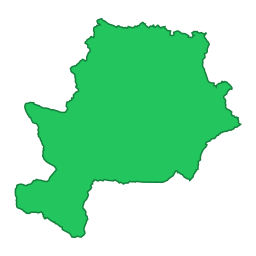 Kengtung, Shan, Myanmar
{"feature_id": "60261553B37663404803056", "entity_name": "Kengtung", "entity_type": "district", "adm_level": 2, "iso_a3": "MMR", "parent_name": "Myanmar", "parent_adm1": "Shan", "projection": "orthographic", "projection_center": [99.278, 21.371], "detail": "fine", "context": "isolated", "style": "filled", "palette": "green", "viewbox_px": 256, "rotation_deg": 0, "n_neighbors": 0, "source": "geoboundaries", "source_scale": "gbopen_adm2", "svg_char_len": 5674}
<svg xmlns="http://www.w3.org/2000/svg" viewBox="0 0 256 256"><path d="M17.4,207.6L22.1,209.5L24.1,211.4L24.7,211.6L26.5,213.3L29.6,213.3L31.7,212.0L34.0,212.4L35.4,212.1L38.5,212.9L41.2,211.8L42.3,212.8L43.0,214.7L43.5,214.8L43.3,216.3L44.3,217.8L44.3,218.3L44.8,218.7L45.7,218.6L45.8,217.7L47.5,217.8L50.9,220.7L52.1,221.1L53.5,222.2L54.9,222.1L55.2,223.4L56.2,223.9L57.3,224.0L60.3,226.7L61.6,226.8L62.2,227.2L62.2,229.1L62.8,229.8L68.8,232.9L70.1,233.9L72.1,237.1L75.3,237.3L76.4,236.4L77.4,236.3L81.1,237.1L83.8,235.0L84.9,233.5L84.8,232.0L83.9,229.6L84.3,227.1L86.1,222.8L86.7,220.6L87.7,219.5L87.0,216.2L85.7,215.1L85.8,211.4L84.5,209.9L84.2,209.2L83.1,208.7L82.8,206.2L83.9,203.2L84.1,201.9L86.5,199.3L88.2,195.7L88.3,194.6L87.4,192.1L88.7,190.7L89.5,190.4L89.8,189.4L90.6,189.2L91.4,187.9L91.5,187.3L90.7,185.6L91.5,184.4L91.9,184.0L92.6,184.0L92.5,181.7L94.0,181.0L94.1,180.0L95.5,179.9L97.8,181.0L100.4,180.0L103.1,180.8L104.5,179.5L107.6,180.3L113.5,180.9L114.2,180.4L114.3,179.9L114.7,179.9L117.9,181.5L118.9,182.7L119.6,182.9L120.3,182.4L121.8,182.8L122.7,183.2L123.3,184.0L125.7,182.9L127.2,183.1L128.3,182.9L129.4,181.5L133.0,181.9L134.0,181.5L135.2,182.1L136.1,181.5L137.6,181.5L142.7,182.1L162.1,182.3L163.4,182.0L167.3,180.3L169.6,178.0L172.4,176.2L173.5,175.1L175.4,171.4L175.9,170.9L177.0,170.9L177.6,172.7L178.5,172.3L179.3,172.7L180.5,173.9L182.2,174.4L184.4,177.2L185.5,177.6L186.3,178.4L188.8,179.1L189.4,179.5L189.7,180.4L190.7,179.6L191.4,178.5L192.8,177.4L194.0,173.7L194.7,173.2L195.1,172.0L195.8,171.6L196.2,170.7L196.1,170.2L198.0,169.2L198.0,165.5L198.5,164.5L198.2,161.6L200.5,159.9L200.3,158.0L200.8,154.9L202.0,152.1L203.3,149.5L204.6,148.0L205.5,147.4L206.7,145.5L206.9,144.7L205.6,144.2L205.9,143.0L207.6,141.6L209.7,141.1L211.9,138.7L214.6,138.5L216.8,135.6L218.4,135.3L219.1,134.0L220.0,133.8L220.2,133.2L220.9,132.8L224.5,131.4L226.9,131.3L229.3,130.0L231.0,130.2L234.0,128.6L234.4,127.5L235.4,127.1L236.5,127.2L237.6,126.7L238.3,125.8L239.2,125.5L240.6,124.3L239.5,123.9L238.6,123.1L238.4,122.2L238.6,121.3L238.2,119.4L237.5,118.4L238.2,118.1L238.1,117.7L237.3,117.6L236.5,117.0L235.9,117.4L234.8,117.2L234.1,116.0L233.5,116.0L231.5,114.9L231.4,113.8L231.7,111.9L229.4,110.1L226.6,108.9L225.5,107.1L225.8,104.7L225.2,102.9L225.5,102.0L225.5,100.1L225.2,99.3L224.0,98.3L223.6,97.0L224.1,95.9L226.7,93.9L227.3,91.8L227.8,91.0L228.5,90.7L229.5,89.1L231.8,89.2L232.0,88.8L231.9,87.7L230.1,85.1L228.4,83.9L226.6,82.0L225.5,82.1L224.8,81.5L224.1,81.7L223.7,82.3L223.0,82.3L222.5,81.5L222.0,81.4L221.0,83.2L219.0,83.4L216.6,85.3L216.2,86.0L216.3,86.9L215.1,85.8L213.9,85.7L214.0,83.1L213.3,82.9L212.1,83.2L208.7,81.9L207.6,80.0L207.4,78.6L206.6,76.7L206.4,75.5L205.9,74.9L205.9,74.0L204.9,72.1L204.3,69.0L203.1,67.5L202.5,65.5L202.9,62.5L202.6,60.2L202.8,59.6L204.9,57.6L205.0,56.7L204.5,53.7L206.5,52.9L206.9,52.4L207.3,51.1L207.1,49.6L208.2,46.3L209.2,44.6L208.5,42.5L206.8,40.7L205.6,38.5L205.1,38.3L204.7,37.4L204.2,35.5L204.6,34.9L205.3,34.7L206.1,33.3L205.9,33.0L204.7,33.8L204.0,33.8L202.3,33.2L201.5,32.6L198.9,33.1L197.7,32.4L197.4,31.6L194.1,31.5L191.9,32.9L192.8,34.6L194.1,35.5L192.9,35.9L192.1,37.3L190.9,37.7L190.3,37.3L188.2,37.0L188.6,35.7L185.2,33.7L181.7,33.4L178.7,31.2L177.8,31.1L176.7,31.1L175.6,31.7L174.1,32.1L173.6,32.7L174.0,33.8L173.9,34.7L173.2,35.4L171.4,35.5L169.9,34.8L170.6,31.0L169.4,30.6L168.7,30.9L167.1,30.4L166.0,28.8L164.8,27.9L165.0,26.6L161.7,27.2L161.0,27.9L160.4,27.9L158.2,25.4L157.4,25.3L156.9,26.1L155.0,27.2L154.2,27.0L153.6,25.1L153.0,25.3L152.7,26.2L150.2,26.2L148.9,27.8L148.4,27.7L145.4,25.2L145.1,23.8L143.8,23.8L143.5,22.7L143.0,22.5L142.3,22.5L140.1,24.2L139.7,25.1L139.0,25.6L137.8,25.7L137.1,26.7L135.8,26.2L134.7,26.3L134.2,27.5L132.0,27.6L128.2,26.5L127.7,28.1L125.4,27.5L124.9,27.9L124.1,27.6L123.3,28.1L122.1,27.1L120.8,27.3L118.6,25.7L117.0,26.4L116.7,27.4L113.5,25.6L108.4,23.9L104.7,21.0L103.2,20.6L101.6,18.7L98.2,19.8L97.1,20.7L97.1,21.8L97.6,22.3L97.7,23.2L99.3,23.9L100.1,24.8L97.0,25.4L96.6,26.4L96.1,26.8L95.2,26.7L93.9,27.7L93.6,30.7L94.3,32.2L94.3,33.1L93.8,37.2L93.4,37.6L91.4,36.6L90.8,36.8L89.6,38.4L87.1,39.8L86.7,41.0L85.4,41.9L85.1,43.2L87.7,44.5L87.9,47.5L89.6,48.4L90.1,50.3L90.0,51.8L88.7,52.4L86.8,56.8L86.6,60.2L85.4,61.1L83.3,59.5L82.4,59.4L82.0,60.0L80.4,60.9L78.9,63.0L77.0,64.4L76.3,65.5L72.1,66.7L70.4,68.5L70.9,70.0L71.0,71.2L71.7,72.1L73.6,73.4L75.1,75.0L74.9,76.7L75.5,78.9L75.4,81.6L77.0,85.5L75.9,86.2L75.9,87.3L78.4,89.4L78.5,90.8L77.8,91.5L75.8,92.2L74.8,93.8L73.5,94.7L73.5,97.8L73.0,98.1L71.8,98.0L71.6,98.5L71.8,100.0L69.7,100.8L69.2,101.6L66.8,102.3L66.2,106.2L67.4,107.6L67.6,108.8L65.5,112.2L62.6,112.5L59.6,112.0L57.7,111.1L53.0,109.7L51.2,109.9L48.5,108.6L46.1,108.1L43.6,108.1L40.5,106.8L39.0,105.6L37.7,105.4L34.5,104.2L33.8,103.7L33.7,102.7L32.4,102.8L30.3,102.4L28.6,103.1L26.0,103.5L25.3,104.3L24.8,106.4L24.9,107.6L25.8,110.6L27.7,114.5L28.3,115.1L29.5,117.4L30.7,117.6L31.8,120.6L33.0,122.7L36.2,123.5L37.5,125.0L38.6,127.3L38.4,128.7L37.9,129.7L38.8,132.6L37.8,134.0L38.6,135.0L38.4,136.1L39.5,137.7L40.3,138.1L40.4,139.8L41.5,141.6L42.5,144.9L43.4,145.6L43.8,146.4L43.9,147.3L43.2,148.3L43.3,149.1L44.1,149.9L43.0,150.9L43.1,153.6L42.7,155.7L42.9,156.8L43.6,157.5L43.8,158.8L46.0,161.3L48.6,163.1L54.2,166.1L55.8,168.1L56.4,169.7L49.8,177.5L48.9,180.1L47.0,181.6L42.6,180.9L41.2,180.3L38.7,180.2L36.8,179.4L36.2,179.6L35.2,180.8L33.7,180.5L31.2,183.9L27.7,184.7L26.7,185.4L25.3,185.6L22.9,184.5L20.4,184.1L17.3,185.0L16.7,185.8L16.9,186.7L16.5,188.0L16.0,188.3L15.4,189.4L15.4,193.9L15.6,195.6L16.6,197.5L16.7,199.0L16.2,200.2L16.7,202.1L16.4,203.8L16.8,206.6L17.4,207.6Z" fill="#22c55e" stroke="#15803d" stroke-width="1.5"/></svg>